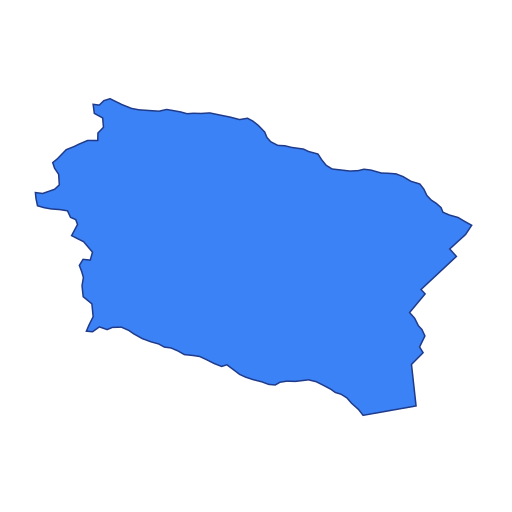 Douradina, Mato Grosso do Sul, Brazil, rotated 267°
{"feature_id": "56859067B6563900409814", "entity_name": "Douradina", "entity_type": "district", "adm_level": 2, "iso_a3": "BRA", "parent_name": "Brazil", "parent_adm1": "Mato Grosso do Sul", "projection": "albers", "projection_center": [-54.58, -22.015], "detail": "fine", "context": "isolated", "style": "filled", "palette": "blue", "viewbox_px": 512, "rotation_deg": 267, "n_neighbors": 0, "source": "geoboundaries", "source_scale": "gbopen_adm2", "svg_char_len": 1966}
<svg xmlns="http://www.w3.org/2000/svg" viewBox="0 0 512 512"><g transform="rotate(267 256 256)"><path d="M416.0,101.3L406.9,102.0L401.9,110.1L392.5,110.4L387.1,104.6L379.6,104.0L380.2,93.9L376.9,84.9L374.8,80.0L372.1,72.0L363.5,62.8L359.9,57.9L354.3,59.4L347.9,63.2L337.3,63.3L333.2,58.4L329.6,46.2L330.9,39.0L324.9,39.3L317.6,40.4L315.3,47.1L313.7,54.0L312.6,62.6L311.0,70.1L304.3,72.8L301.8,77.9L296.8,79.4L286.0,72.9L282.0,79.8L279.3,84.6L268.4,92.9L260.6,90.3L261.7,83.1L255.9,79.1L249.3,81.2L243.6,82.5L235.4,80.7L224.4,81.3L216.8,89.6L203.9,90.2L195.6,85.5L189.8,82.7L188.9,88.8L193.4,95.9L190.3,103.5L192.2,108.8L192.0,117.8L188.4,125.0L184.7,129.8L179.4,138.2L175.8,146.6L173.3,154.1L169.8,159.8L168.7,166.1L165.2,173.2L161.3,179.3L160.0,187.6L158.6,194.5L155.6,200.2L150.8,208.6L147.5,215.9L148.9,221.2L143.4,227.8L138.6,233.5L135.6,239.2L132.8,246.3L130.0,255.3L127.1,262.0L126.2,268.5L128.7,273.4L129.4,280.2L128.7,288.7L129.2,296.2L129.6,301.9L127.3,309.6L123.7,315.9L119.0,323.8L115.6,328.0L113.5,333.7L109.6,339.3L104.0,343.7L97.3,350.4L91.3,354.6L97.9,408.0L139.6,405.6L150.7,417.8L156.6,414.6L167.3,420.5L173.8,417.9L177.9,414.5L185.5,411.2L191.5,406.4L209.3,422.9L213.9,419.0L245.1,456.1L252.9,449.8L266.5,466.4L275.4,473.0L279.5,466.4L283.9,459.8L286.9,451.0L289.9,445.0L294.7,443.3L299.2,438.7L302.6,434.0L307.5,429.8L314.0,427.1L319.3,423.4L322.5,414.6L327.6,407.0L330.7,400.1L331.7,392.3L332.3,385.5L335.8,375.2L337.0,368.3L335.9,362.7L335.9,354.3L337.6,344.4L338.9,336.6L342.8,330.9L348.4,326.8L354.6,323.2L357.6,314.0L360.3,309.0L361.4,303.3L362.6,297.1L364.6,290.5L365.3,283.6L369.3,276.7L373.8,273.1L379.3,271.2L386.2,265.2L390.9,259.9L394.0,254.7L393.1,246.7L396.0,237.7L398.7,227.2L401.3,217.3L401.2,208.6L401.8,200.9L401.7,194.6L403.8,188.3L405.6,180.7L407.0,174.4L405.7,166.7L406.8,157.4L408.1,146.8L409.9,139.4L414.3,129.9L420.7,118.5L419.1,112.2L414.9,107.4L416.0,101.3Z" fill="#3b82f6" stroke="#1e3a8a" stroke-width="1.5"/></g></svg>